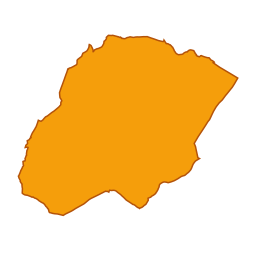 outline of Satu Mare, Harghita, Romania, rotated 5°
{"feature_id": "2599482B48520966661881", "entity_name": "Satu Mare", "entity_type": "district", "adm_level": 2, "iso_a3": "ROU", "parent_name": "Romania", "parent_adm1": "Harghita", "projection": "natural_earth1", "projection_center": [25.408, 46.349], "detail": "fine", "context": "isolated", "style": "filled", "palette": "amber", "viewbox_px": 256, "rotation_deg": 5, "n_neighbors": 0, "source": "geoboundaries", "source_scale": "gbopen_adm2", "svg_char_len": 5499}
<svg xmlns="http://www.w3.org/2000/svg" viewBox="0 0 256 256"><g transform="rotate(5 128 128)"><path d="M194.4,163.4L194.8,162.5L195.9,158.7L196.9,156.8L198.1,155.0L201.9,152.2L200.2,151.5L197.5,142.8L196.9,140.7L195.3,137.6L198.6,130.6L201.1,126.0L201.6,125.1L203.1,122.3L204.9,118.9L207.1,114.6L208.5,112.6L209.5,110.0L210.6,106.9L210.8,106.4L211.7,104.0L213.4,100.4L214.1,99.0L216.6,95.1L219.5,91.8L222.1,87.5L222.7,86.6L222.8,86.5L223.7,85.2L226.5,81.0L228.4,78.2L230.2,74.7L233.0,68.7L226.9,65.7L215.7,60.3L214.2,59.6L211.0,57.8L207.2,55.6L208.2,54.9L207.9,54.6L207.1,54.1L206.3,53.6L204.8,53.1L204.0,52.3L202.7,51.0L200.8,51.0L197.8,50.4L195.5,49.8L195.0,49.5L194.4,49.6L194.0,49.7L193.8,50.0L193.5,50.3L193.2,50.6L192.9,50.8L192.7,50.8L192.2,50.7L191.4,50.4L191.0,50.5L190.8,50.4L190.5,50.1L189.8,49.7L189.7,49.5L189.8,49.1L189.0,48.3L188.4,47.8L188.3,47.4L187.6,46.4L187.2,45.9L186.8,45.2L185.7,45.0L183.7,44.7L182.2,45.1L181.6,45.7L181.0,46.1L180.6,46.9L179.8,47.1L179.3,47.1L178.7,47.5L178.2,47.7L177.1,48.5L176.1,49.6L175.2,50.0L174.7,50.0L173.9,50.2L173.0,50.4L171.8,50.6L171.3,50.4L169.7,49.7L168.8,48.8L168.5,48.4L168.0,47.7L167.3,47.0L167.0,46.1L166.3,45.0L165.4,43.6L164.5,43.1L164.3,42.7L163.5,42.0L162.9,41.8L162.7,41.4L161.9,41.3L161.5,41.1L160.8,40.7L159.5,40.5L158.8,40.6L158.6,40.4L158.3,39.9L157.6,39.2L157.3,38.7L156.8,38.0L156.2,37.3L156.1,38.2L155.4,38.9L154.3,38.7L153.7,38.7L153.1,38.6L150.5,38.2L148.7,37.7L146.0,37.0L142.6,36.2L139.2,35.3L136.7,35.6L136.3,35.6L135.9,35.6L132.2,36.2L131.9,36.3L131.5,36.3L130.9,36.4L130.3,36.4L129.8,36.4L129.0,36.5L128.6,36.6L128.1,36.6L127.7,36.7L127.4,36.8L126.6,37.0L126.0,37.2L125.3,37.3L122.1,37.0L121.0,37.5L119.3,38.0L118.4,38.5L117.8,39.0L117.5,39.1L116.4,39.4L115.8,39.3L115.2,39.2L114.7,39.3L114.2,39.3L114.1,39.0L113.7,39.0L113.5,38.7L113.2,38.7L112.9,38.3L112.6,38.3L112.4,38.1L111.9,38.4L111.6,38.5L111.4,38.4L111.2,38.2L110.9,38.1L110.3,37.9L109.7,38.0L109.5,37.8L105.9,37.2L104.7,37.0L104.2,37.1L103.5,37.3L100.4,37.4L98.5,39.6L98.7,40.4L98.6,41.3L97.8,42.5L96.9,43.6L96.6,43.7L96.5,45.9L96.1,46.9L95.2,48.8L94.9,49.3L94.5,49.7L92.4,50.9L91.4,51.4L89.9,51.9L88.9,52.5L88.0,53.0L87.2,54.4L86.9,54.9L86.6,55.0L86.5,54.8L86.6,54.0L86.3,53.3L86.2,52.8L85.8,52.2L85.5,51.5L84.5,49.9L84.0,49.1L82.4,48.2L82.1,48.2L82.0,50.2L82.2,50.4L81.5,52.4L81.1,53.4L80.5,54.5L80.3,54.8L79.1,55.8L76.5,57.5L75.6,60.7L72.2,63.8L71.4,64.9L71.4,65.0L71.5,66.2L71.6,67.8L71.5,68.7L71.4,69.1L71.1,69.5L68.9,71.0L67.4,72.0L66.7,72.4L66.4,72.7L65.9,72.9L65.3,73.1L64.7,73.3L64.1,73.6L63.8,73.9L63.6,74.1L63.4,74.6L62.9,74.5L62.5,76.6L62.1,78.2L61.5,80.3L61.1,81.9L60.8,83.0L60.5,84.2L60.1,85.8L59.6,87.6L59.1,89.5L58.7,91.0L58.0,93.4L57.3,96.2L57.0,97.6L56.7,98.7L56.7,98.8L57.0,100.6L57.1,101.3L57.4,102.7L57.6,103.7L58.8,105.2L59.6,106.5L59.7,106.8L59.3,107.3L58.9,108.3L59.0,110.6L58.8,111.1L58.2,111.8L57.7,112.6L56.7,113.7L52.8,117.6L50.5,119.4L46.7,123.0L44.9,124.1L43.5,125.9L42.4,127.5L40.8,128.9L39.2,128.5L38.0,128.1L37.3,131.3L36.7,133.5L36.3,134.9L35.8,135.8L35.3,137.1L34.7,138.2L34.2,139.4L33.4,140.7L33.0,141.8L32.7,142.5L32.2,144.1L31.9,145.1L31.7,145.6L31.8,145.7L32.2,146.0L31.9,146.5L31.2,147.0L30.9,147.5L30.8,148.1L30.0,148.6L28.7,149.5L29.1,151.0L29.3,152.1L29.1,152.6L28.6,153.1L28.0,153.8L27.8,154.1L27.4,156.0L27.3,156.4L28.7,156.0L29.3,156.0L30.1,156.1L29.7,158.5L29.3,159.0L29.1,162.1L29.1,162.9L29.2,163.3L29.3,163.6L29.4,163.8L28.9,164.5L28.8,165.1L28.5,166.2L28.3,167.0L28.1,167.2L28.2,167.7L28.4,168.5L28.3,169.2L28.1,169.7L28.1,169.8L27.6,169.9L27.0,170.1L26.3,170.5L26.3,171.0L26.6,171.8L26.7,173.3L27.0,173.8L27.2,174.5L26.7,175.5L26.2,176.2L26.1,177.1L25.6,178.2L24.8,180.1L24.7,181.0L24.5,181.3L24.1,183.0L23.8,183.5L23.6,184.6L23.4,185.0L23.0,185.5L23.9,187.6L25.0,189.2L25.2,189.6L25.3,190.3L25.3,190.7L26.0,191.6L27.0,192.9L27.4,193.2L27.3,193.8L27.7,196.1L28.1,197.3L28.3,202.1L28.8,202.5L29.1,202.7L30.7,203.5L31.9,203.7L33.7,203.8L35.2,204.2L37.2,204.8L38.5,205.3L39.4,205.0L41.0,205.9L41.7,206.1L42.7,206.3L43.4,206.7L44.5,207.3L45.3,208.0L48.1,209.5L49.8,210.2L50.2,210.3L50.7,210.7L51.3,211.2L51.9,211.8L53.0,213.2L53.9,213.9L54.3,214.2L54.9,215.2L55.7,215.7L56.7,218.5L57.3,219.1L58.0,219.2L58.4,219.2L58.5,219.2L60.1,219.6L62.2,219.8L65.3,219.8L71.1,220.7L73.2,219.1L78.3,216.1L80.2,214.8L82.9,212.7L90.6,207.5L90.7,207.4L91.8,206.4L95.4,202.8L97.3,201.4L100.3,199.6L105.3,196.6L107.4,195.2L107.5,195.2L108.0,194.9L111.1,192.9L111.4,192.9L111.6,193.1L112.8,192.9L114.4,193.5L114.4,193.4L115.1,191.6L116.9,191.7L117.9,191.5L119.2,191.3L120.3,191.4L120.8,191.5L121.4,191.7L123.2,192.9L123.3,193.0L126.4,194.9L128.2,196.4L128.3,196.5L129.6,197.4L132.5,199.9L136.1,201.8L139.7,203.8L140.5,203.8L142.0,204.6L143.3,205.6L144.7,206.4L145.2,206.5L145.5,206.5L146.5,207.2L147.0,206.7L148.7,205.9L149.7,205.0L150.1,204.7L150.7,203.9L151.2,203.4L151.9,203.0L152.5,202.4L154.5,198.2L154.1,196.5L154.2,196.1L154.4,196.0L155.1,195.7L156.7,194.9L157.5,193.9L159.4,192.6L161.3,190.8L161.5,189.9L162.2,189.0L162.3,188.9L162.6,187.9L163.2,186.9L163.4,185.8L163.6,185.3L163.9,184.7L164.1,183.6L164.2,182.5L164.3,182.2L164.4,181.5L165.2,180.7L166.0,180.0L167.5,179.0L167.8,178.9L168.7,178.6L170.6,178.6L171.8,178.8L172.7,179.0L173.6,178.7L175.9,177.8L178.8,176.4L182.1,174.2L185.1,171.8L185.4,171.6L185.7,171.5L186.6,171.0L187.9,170.6L188.8,170.1L189.2,169.8L190.7,168.2L191.7,167.3L192.0,167.0L192.3,166.7L193.6,164.9L193.9,164.5L194.4,163.6L194.4,163.4Z" fill="#f59e0b" stroke="#b45309" stroke-width="1.5"/></g></svg>